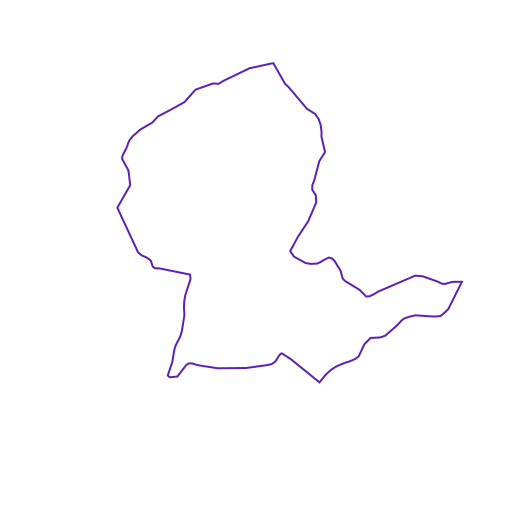 SVG path tracing the border of Kabul, rotated 46°
{"feature_id": "AFG-1767", "entity_name": "Kabul", "entity_type": "Province", "adm_level": 1, "iso_a3": "AFG", "parent_name": "Afghanistan", "parent_adm1": "", "projection": "natural_earth1", "projection_center": [69.432, 34.519], "detail": "fine", "context": "isolated", "style": "outline", "palette": "violet", "viewbox_px": 512, "rotation_deg": 46, "n_neighbors": 0, "source": "natural_earth", "source_scale": "10m", "svg_char_len": 1770}
<svg xmlns="http://www.w3.org/2000/svg" viewBox="0 0 512 512"><g transform="rotate(46 256 256)"><path d="M417.6,125.8L427.7,154.4L427.8,158.9L427.4,164.7L425.6,167.3L422.3,170.9L409.4,182.5L406.2,187.9L403.9,192.8L403.5,196.4L403.9,202.6L403.1,218.3L401.7,221.6L400.5,223.7L394.5,230.5L394.8,239.4L399.5,251.8L399.0,256.1L397.0,261.5L394.3,266.9L391.2,275.1L390.1,280.5L389.8,285.9L389.9,289.1L391.0,298.1L354.4,302.6L343.9,305.1L343.6,305.9L343.6,307.3L343.8,309.1L345.2,314.6L345.2,316.6L344.6,319.9L342.3,323.7L329.7,340.9L310.2,361.5L294.4,373.5L289.2,376.4L287.3,378.1L286.4,379.4L286.0,382.2L288.1,396.3L284.0,401.5L282.9,402.4L280.6,402.4L274.1,389.8L267.3,380.7L265.0,377.0L263.1,371.9L262.2,368.8L260.6,365.1L258.4,361.3L248.9,348.7L242.7,343.3L238.6,338.9L234.8,333.7L227.2,319.2L223.5,316.4L197.5,334.3L195.8,336.2L193.9,337.4L191.8,337.6L186.3,334.9L181.2,335.7L176.1,337.8L171.5,338.3L124.9,322.2L123.2,316.3L117.7,297.3L106.9,289.1L104.7,288.0L94.6,285.3L92.8,284.6L91.5,283.0L90.4,280.5L88.8,275.4L87.4,272.0L86.0,269.6L84.8,266.3L84.2,261.6L84.7,251.0L88.0,238.0L87.5,229.4L91.5,215.9L95.6,200.6L94.3,184.0L102.1,166.9L106.2,163.3L107.3,158.0L116.4,130.3L128.4,110.9L129.5,109.6L152.3,115.5L156.9,115.2L185.6,117.1L194.9,114.8L201.0,115.8L206.6,118.4L212.2,122.6L215.8,126.1L229.2,134.1L231.7,144.5L242.0,161.5L244.2,166.3L247.4,169.5L253.9,170.8L259.4,175.6L267.3,194.4L271.2,212.1L276.2,228.0L282.9,229.1L295.5,225.2L299.8,222.0L303.9,217.3L305.3,213.4L306.2,209.2L307.7,204.7L310.5,203.0L314.4,203.0L325.4,205.4L332.4,209.3L335.9,209.3L352.4,205.0L361.7,204.9L363.8,202.4L365.3,198.2L366.4,193.0L380.7,155.2L386.2,150.3L400.8,143.0L405.1,141.5L407.4,139.5L408.2,137.8L411.1,132.6L417.6,125.8Z" fill="none" stroke="#5b21b6" stroke-width="2"/></g></svg>